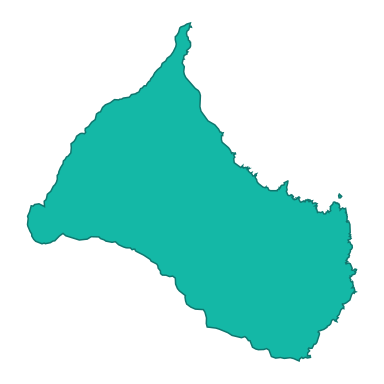 the district of Santo Antonio Das Pombas, Paul, Cabo Verde
{"feature_id": "66160863B53098387752451", "entity_name": "Santo Antonio Das Pombas", "entity_type": "district", "adm_level": 2, "iso_a3": "CPV", "parent_name": "Cabo Verde", "parent_adm1": "Paul", "projection": "mercator", "projection_center": [-24.994, 17.119], "detail": "fine", "context": "isolated", "style": "filled", "palette": "teal", "viewbox_px": 384, "rotation_deg": 0, "n_neighbors": 0, "source": "geoboundaries", "source_scale": "gbopen_adm2", "svg_char_len": 5998}
<svg xmlns="http://www.w3.org/2000/svg" viewBox="0 0 384 384"><path d="M27.6,216.3L28.2,218.5L27.5,224.4L27.8,226.0L30.0,231.2L31.7,234.0L31.8,236.1L33.7,239.3L35.7,241.3L42.0,243.8L44.2,243.1L45.3,243.7L50.3,242.7L52.9,241.1L54.8,240.8L59.4,236.0L63.0,233.4L65.8,235.8L79.3,240.0L87.3,239.1L91.1,236.7L98.8,236.9L100.6,238.6L104.2,239.9L105.9,241.1L112.0,242.3L115.4,241.7L118.6,244.7L123.6,247.0L126.2,247.8L130.4,247.9L132.1,249.7L133.8,249.1L135.0,249.3L135.4,250.7L136.3,251.4L143.5,255.0L150.2,259.4L151.1,261.1L156.7,264.0L157.8,265.6L158.2,268.2L160.4,270.9L160.5,273.3L161.3,274.3L162.4,275.1L166.1,275.2L169.6,276.6L172.7,276.1L175.3,278.1L175.6,284.1L177.5,288.6L179.4,290.9L185.4,295.6L185.0,297.0L185.6,301.0L186.7,304.1L190.8,307.1L195.3,309.1L203.4,309.6L205.0,312.3L206.5,317.9L206.3,323.6L207.2,327.0L216.0,328.1L219.4,329.2L227.9,332.7L232.0,335.4L241.5,337.7L244.8,336.6L246.4,337.7L248.4,340.6L250.0,340.7L252.5,347.2L255.7,349.0L258.4,349.7L263.8,349.5L266.5,348.6L269.0,350.0L271.4,356.5L275.7,358.1L280.4,357.5L284.3,358.4L290.2,357.7L293.8,358.6L299.1,361.0L299.5,359.1L301.8,357.3L303.0,358.4L305.3,357.3L307.4,358.0L310.3,357.4L309.9,356.8L310.4,356.2L310.1,355.5L307.5,355.9L307.7,352.8L309.6,350.9L308.2,349.0L309.0,347.9L310.2,348.4L312.1,348.2L314.0,344.3L315.6,344.0L316.8,342.4L319.4,334.3L319.4,333.0L318.1,332.1L318.5,331.2L323.8,329.4L327.0,327.3L327.2,326.3L329.5,325.0L330.7,323.7L331.6,320.6L332.7,319.6L333.8,319.5L334.9,320.9L336.8,321.6L336.0,319.9L338.2,317.7L337.6,317.4L337.2,316.4L339.1,314.6L340.8,309.9L342.7,308.1L343.8,308.6L343.8,306.4L342.5,304.7L342.5,303.9L343.9,303.9L346.3,302.8L349.9,300.0L351.7,294.4L353.1,292.8L354.2,293.3L354.7,292.2L355.9,291.8L354.9,291.3L354.1,291.7L354.7,290.1L354.0,287.6L352.0,287.8L353.4,286.0L352.8,284.0L352.8,282.0L352.4,281.4L351.8,282.0L351.0,281.6L350.5,280.5L350.8,279.5L349.6,277.9L350.6,276.9L350.2,276.2L351.6,276.2L352.1,275.0L354.9,274.0L355.7,272.3L354.8,271.7L356.2,270.6L356.5,269.5L355.0,269.0L353.9,270.0L352.3,270.3L351.6,269.8L352.2,268.3L350.3,263.8L348.8,263.0L346.1,263.9L345.6,262.7L347.6,261.5L346.1,260.4L347.2,259.1L347.3,258.3L348.9,257.2L348.7,256.8L349.5,255.7L349.1,254.5L348.6,254.3L349.6,253.3L350.4,251.5L350.3,249.9L351.4,249.3L352.3,247.7L352.1,245.3L350.9,244.4L349.9,242.1L348.5,242.3L348.9,241.6L348.1,240.4L348.1,239.9L349.9,239.5L351.1,238.3L350.5,237.8L350.7,236.5L349.5,236.4L350.6,234.8L349.2,233.8L350.2,232.8L349.9,224.5L348.9,221.9L346.9,222.1L346.5,221.6L347.6,220.8L346.9,220.7L347.2,216.2L346.7,215.7L346.9,214.3L346.0,213.2L346.3,212.5L345.6,212.1L346.1,211.6L345.6,208.3L344.1,208.9L342.6,207.9L340.2,209.9L340.3,208.7L339.2,207.7L339.7,206.3L339.0,204.1L338.5,204.2L337.9,203.3L337.1,203.5L337.0,202.9L335.6,203.0L335.5,202.4L334.3,202.0L333.4,202.3L332.8,204.1L330.2,206.7L330.6,207.5L330.2,209.3L330.8,210.6L330.5,211.1L329.4,211.6L328.0,210.9L328.4,212.2L327.5,211.7L326.2,212.2L325.9,213.6L324.8,214.0L323.7,213.8L322.6,211.8L320.7,212.6L318.7,212.1L317.5,212.5L316.9,209.8L316.4,209.5L316.5,208.2L315.9,208.0L317.0,206.1L315.3,205.9L316.5,205.3L316.4,204.2L317.0,203.7L315.2,202.9L312.6,203.5L312.0,201.7L312.4,200.8L309.7,201.5L310.3,200.3L310.0,200.0L308.8,201.4L307.8,200.3L308.5,199.7L307.9,199.5L307.5,200.3L306.1,199.9L305.8,200.3L306.4,200.9L305.5,200.5L305.1,201.8L303.7,201.5L304.4,200.6L300.9,202.3L300.1,201.7L298.7,199.0L298.6,198.4L299.7,197.8L298.9,196.9L297.7,197.7L297.9,198.3L296.2,198.1L296.7,198.9L296.3,199.3L294.3,199.7L294.1,198.9L293.2,199.1L292.2,197.6L292.9,197.6L293.6,195.8L292.9,196.6L292.1,195.9L292.2,195.2L291.1,194.7L290.4,195.5L288.8,195.6L287.8,195.0L286.3,191.2L287.1,189.9L286.6,187.2L287.8,182.7L287.4,181.8L288.4,180.7L284.1,182.8L284.5,183.9L283.9,185.0L281.7,185.3L280.8,186.2L280.3,187.8L279.7,187.8L279.4,188.6L279.1,188.0L278.8,189.0L277.3,190.0L277.2,190.7L270.5,190.7L268.8,190.0L267.7,187.6L266.0,187.3L266.0,186.9L265.2,187.7L262.9,187.1L258.4,183.5L256.9,181.5L256.6,179.5L255.4,177.9L255.2,176.6L256.3,175.5L256.0,174.6L256.5,173.8L255.1,174.3L254.6,175.7L252.9,176.0L251.4,173.5L251.8,172.6L250.6,173.2L248.5,171.3L247.7,169.4L249.1,168.6L248.5,168.6L248.6,168.3L247.2,169.1L247.5,167.2L246.1,167.9L245.7,167.4L243.4,168.0L243.1,167.2L242.3,167.1L242.6,165.7L240.7,167.5L234.2,162.7L233.7,158.4L234.8,157.2L233.5,154.8L235.3,154.0L234.9,153.6L235.8,152.8L234.2,153.2L232.3,152.7L231.6,153.3L230.4,150.4L228.6,147.8L222.1,142.2L221.4,139.6L221.5,135.6L222.7,135.6L222.6,134.0L223.1,132.8L221.6,133.0L220.9,132.0L220.0,132.0L218.6,129.2L214.9,124.9L208.0,120.9L201.0,111.2L199.9,106.6L200.4,95.6L199.6,92.7L198.3,90.6L195.2,88.4L185.8,77.6L184.3,74.4L183.7,71.6L184.3,66.7L182.2,63.2L183.0,59.6L184.2,59.1L183.5,58.3L184.1,55.5L187.1,53.9L186.7,52.8L187.9,51.9L186.7,51.3L186.6,50.6L190.0,47.5L190.6,46.0L190.5,42.3L189.9,42.2L189.8,41.2L188.4,40.1L188.1,37.2L187.0,36.2L186.5,33.5L186.9,31.3L188.7,29.7L189.6,26.8L191.4,27.2L191.1,26.3L189.6,26.0L190.4,23.0L186.7,24.1L184.4,25.7L180.8,27.0L179.8,28.0L178.6,32.5L176.7,35.5L175.3,36.7L175.3,39.8L176.3,44.0L175.8,46.6L173.3,51.8L170.6,55.7L167.2,58.2L165.7,61.0L162.2,63.4L161.1,66.8L157.5,69.7L154.7,72.9L153.0,76.3L150.8,78.8L149.9,81.0L148.7,81.6L147.0,83.9L146.2,85.8L144.2,85.8L142.1,88.1L140.6,88.6L138.9,92.0L136.2,93.2L136.0,93.7L131.4,94.6L129.4,97.2L123.2,98.1L121.5,99.2L119.8,99.2L118.7,99.9L114.5,99.6L110.2,102.8L105.4,104.8L102.6,107.4L100.5,111.8L98.8,112.3L96.5,114.0L95.2,119.6L91.6,122.3L88.6,126.5L85.3,128.5L85.1,130.7L85.7,132.2L84.6,133.7L82.0,133.3L80.3,133.6L76.6,136.2L75.6,139.0L74.0,141.4L71.0,143.8L71.3,147.8L70.8,152.9L68.0,156.3L66.5,156.9L65.0,159.6L63.4,160.9L63.0,163.9L60.6,167.6L58.9,171.6L58.5,173.9L57.2,175.4L57.3,179.2L56.4,182.3L54.9,184.8L53.3,186.3L50.8,191.3L47.3,194.3L46.5,198.4L45.8,199.9L44.2,201.2L44.5,206.6L39.0,203.8L34.6,204.5L33.2,206.1L31.2,205.8L29.6,211.9L27.6,216.3ZM341.7,196.3L339.3,194.1L338.6,195.7L339.1,197.9L340.5,197.8L341.7,196.3Z" fill="#14b8a6" stroke="#0f766e" stroke-width="1.5"/></svg>